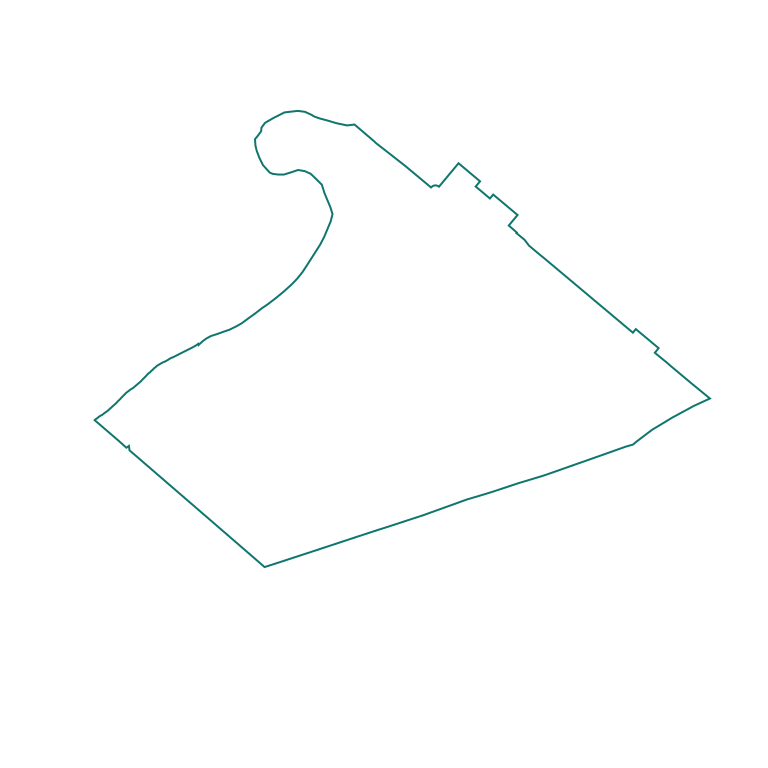 Peppermint Grove, Western Australia, Australia, rotated 220°
{"feature_id": "25037944B88199537818715", "entity_name": "Peppermint Grove", "entity_type": "district", "adm_level": 2, "iso_a3": "AUS", "parent_name": "Australia", "parent_adm1": "Western Australia", "projection": "robinson", "projection_center": [115.77, -31.999], "detail": "fine", "context": "isolated", "style": "outline", "palette": "teal", "viewbox_px": 768, "rotation_deg": 220, "n_neighbors": 0, "source": "geoboundaries", "source_scale": "gbopen_adm2", "svg_char_len": 2302}
<svg xmlns="http://www.w3.org/2000/svg" viewBox="0 0 768 768"><g transform="rotate(220 384 384)"><path d="M357.8,167.0L342.0,192.3L339.3,196.6L306.0,250.4L294.3,269.2L291.2,274.0L269.3,309.2L266.0,314.9L246.4,348.6L235.0,365.9L232.3,370.1L217.1,394.7L202.7,416.7L186.1,444.7L182.3,451.1L158.3,491.8L158.0,492.2L154.3,497.7L153.5,502.4L150.8,514.3L149.2,521.3L141.3,544.3L140.2,547.0L133.5,564.0L132.8,565.9L125.0,582.4L149.3,582.1L160.5,582.1L173.0,582.1L176.3,582.1L180.0,582.2L196.6,582.0L196.7,588.0L226.4,587.9L226.3,583.3L268.9,583.3L272.2,583.3L275.9,583.3L343.2,583.3L348.1,583.2L361.9,583.2L365.9,584.1L369.0,584.8L379.6,584.7L379.6,585.4L390.3,585.6L390.3,599.3L422.1,599.3L422.1,594.2L440.7,594.2L440.7,601.0L468.8,601.0L468.7,570.5L469.8,570.4L470.9,570.0L471.4,569.8L471.9,569.5L472.4,569.1L472.8,568.7L473.5,567.7L473.8,567.2L474.1,566.1L474.3,564.8L507.6,564.7L544.9,563.4L548.1,563.6L573.4,563.8L578.4,558.4L588.1,553.2L596.9,549.4L603.7,546.2L609.3,544.1L612.9,543.5L619.5,541.7L625.6,537.8L634.8,528.1L639.6,516.9L642.4,509.3L642.6,508.6L643.0,507.5L642.6,501.6L640.6,498.6L640.2,492.7L640.2,488.6L635.7,484.0L631.4,480.8L624.7,477.1L617.5,473.9L607.4,472.5L604.4,473.4L599.9,476.3L595.4,480.0L591.1,486.6L587.4,492.7L582.9,495.3L582.5,495.6L581.6,496.1L575.3,497.9L567.6,497.4L559.7,496.7L552.5,492.1L549.1,490.3L538.8,485.0L532.7,481.1L529.4,474.4L524.3,458.0L522.5,449.8L519.7,428.3L518.4,417.6L518.2,408.9L518.7,401.4L520.1,391.1L521.9,381.3L522.6,377.9L524.4,369.9L526.3,363.3L527.9,355.8L530.1,347.1L532.0,339.1L534.0,333.7L537.2,326.4L540.4,321.1L543.4,315.9L547.4,309.5L549.2,305.0L550.4,300.2L551.1,294.7L552.1,295.4L552.9,292.4L554.1,289.2L554.7,287.8L560.1,275.3L560.8,273.5L562.8,268.9L563.7,267.3L564.4,265.7L564.9,263.9L566.0,260.9L567.6,257.7L569.6,252.0L569.8,250.0L570.3,248.1L570.3,246.1L570.7,244.5L570.7,242.7L571.2,240.8L571.4,239.3L571.4,237.4L571.6,235.3L571.7,233.8L571.9,232.0L571.9,230.1L573.7,219.6L574.6,216.9L575.9,211.2L575.9,209.6L576.2,208.0L576.2,206.4L576.4,204.8L576.4,202.7L576.8,199.6L576.8,197.7L578.6,185.0L579.1,183.6L580.0,179.3L580.7,177.7L581.4,175.4L581.6,173.8L582.3,171.5L582.4,170.3L555.7,170.0L549.4,169.9L540.4,169.6L539.6,172.6L536.3,169.6L428.8,168.1L375.4,167.3L357.8,167.0Z" fill="none" stroke="#0f766e" stroke-width="2"/></g></svg>